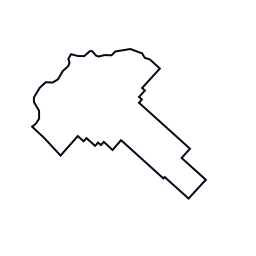 the district of Garfield, Washington, United States of America, rotated 312°
{"feature_id": "52423323B83834618329235", "entity_name": "Garfield", "entity_type": "district", "adm_level": 2, "iso_a3": "USA", "parent_name": "United States of America", "parent_adm1": "Washington", "projection": "natural_earth1", "projection_center": [-117.541, 46.35], "detail": "fine", "context": "isolated", "style": "outline", "palette": "ink", "viewbox_px": 256, "rotation_deg": 312, "n_neighbors": 0, "source": "geoboundaries", "source_scale": "gbopen_adm2", "svg_char_len": 756}
<svg xmlns="http://www.w3.org/2000/svg" viewBox="0 0 256 256"><g transform="rotate(312 128 128)"><path d="M116.1,220.2L136.5,220.4L141.6,220.5L141.6,187.9L154.1,187.9L154.1,119.3L158.5,119.2L158.4,115.4L167.2,115.5L167.2,111.7L193.5,111.9L193.6,98.5L191.4,93.6L192.9,88.5L188.2,76.8L176.4,67.4L171.0,67.1L166.5,61.8L161.6,58.5L160.4,55.8L161.1,49.8L159.5,48.2L152.2,47.4L148.1,42.8L144.7,36.3L139.5,37.4L137.3,40.9L133.9,42.2L126.7,41.4L117.3,43.4L111.4,41.6L106.9,36.2L98.8,35.5L87.7,37.6L84.3,40.8L81.2,50.5L75.4,55.7L69.5,56.6L64.8,55.9L64.5,72.8L62.4,96.3L88.4,96.1L88.4,103.9L92.7,103.9L92.7,115.5L97.1,115.5L97.2,119.3L101.5,119.3L101.3,131.2L114.3,131.0L114.2,188.1L116.1,188.1L116.1,220.2Z" fill="none" stroke="#020617" stroke-width="2"/></g></svg>